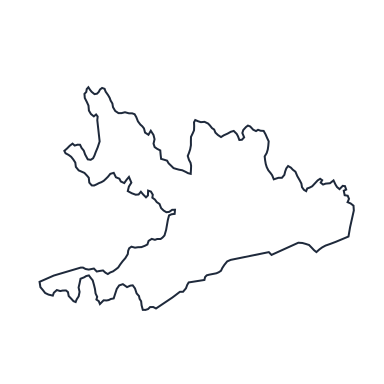 the district of Laje, Bahia, Brazil, rotated 175°
{"feature_id": "56859067B62767322131452", "entity_name": "Laje", "entity_type": "district", "adm_level": 2, "iso_a3": "BRA", "parent_name": "Brazil", "parent_adm1": "Bahia", "projection": "equal_earth", "projection_center": [-39.307, -13.182], "detail": "fine", "context": "isolated", "style": "outline", "palette": "slate", "viewbox_px": 384, "rotation_deg": 175, "n_neighbors": 0, "source": "geoboundaries", "source_scale": "gbopen_adm2", "svg_char_len": 4434}
<svg xmlns="http://www.w3.org/2000/svg" viewBox="0 0 384 384"><g transform="rotate(175 192 192)"><path d="M32.4,159.5L32.3,164.3L35.0,166.8L37.9,168.3L36.2,171.5L37.2,174.7L40.2,175.5L40.7,180.0L38.2,181.0L39.1,184.5L41.3,185.0L44.8,182.0L47.1,184.3L48.4,186.9L50.0,191.2L53.8,188.7L58.1,188.7L60.8,188.0L63.0,190.1L61.3,192.4L63.2,194.0L65.8,192.6L68.9,189.8L71.8,187.2L74.5,186.1L76.9,185.5L78.2,182.9L80.3,184.4L82.0,187.2L82.3,190.9L83.7,194.3L85.7,198.6L87.2,203.2L89.7,205.5L91.3,207.6L94.0,209.5L96.0,207.3L97.4,204.3L98.5,201.0L101.2,198.3L104.7,198.6L109.4,197.5L110.7,201.7L112.0,203.9L114.1,207.0L115.4,210.3L116.1,213.6L116.4,217.2L116.5,221.1L114.2,224.3L112.8,227.8L112.0,231.2L111.2,235.8L112.5,239.4L113.7,243.0L115.3,246.6L118.4,247.1L120.8,248.2L122.9,247.1L125.6,248.7L128.3,252.2L130.5,253.3L132.6,252.0L135.5,249.3L136.7,246.4L135.3,241.9L137.7,239.7L140.3,239.7L141.3,243.4L142.4,246.0L145.1,249.2L148.1,248.6L151.4,247.1L155.4,245.7L158.3,244.2L161.2,246.5L163.5,249.1L164.5,252.3L166.5,253.9L168.4,256.8L170.0,258.8L173.4,260.8L177.1,260.8L180.1,262.1L182.5,263.4L183.9,261.3L184.1,257.4L184.6,253.3L186.0,250.7L188.2,247.0L188.7,242.4L189.0,238.7L190.1,234.7L191.7,231.0L193.1,228.3L192.2,224.2L190.9,221.2L190.6,218.2L191.0,215.0L191.7,210.2L194.3,211.1L196.4,212.5L199.8,214.5L203.1,215.4L205.8,216.4L208.3,217.4L210.6,220.1L212.8,222.6L214.1,225.4L217.0,226.6L219.9,227.7L220.0,232.1L220.0,236.2L222.9,238.0L225.3,240.0L226.1,243.5L224.7,247.9L225.4,252.2L227.7,256.6L230.4,252.8L233.6,255.3L234.3,259.5L235.8,261.8L237.6,263.7L239.7,267.1L241.0,271.5L242.4,274.5L244.8,275.6L248.0,275.9L251.8,277.3L255.5,276.7L258.4,277.0L261.4,279.4L263.3,283.4L263.6,287.1L265.1,290.2L265.8,292.9L267.2,295.9L269.3,299.5L270.1,302.4L272.5,303.5L274.7,302.1L276.2,299.8L278.1,298.2L280.6,298.0L283.3,300.6L284.8,302.9L286.1,305.4L287.9,303.7L288.6,300.9L290.6,299.1L290.6,295.0L288.9,290.8L287.6,287.1L287.6,282.1L285.9,278.5L283.2,275.9L280.8,277.6L279.4,275.4L280.1,271.8L279.6,250.4L282.1,244.6L284.5,240.0L286.0,236.8L287.6,234.2L290.1,232.9L293.0,233.6L295.2,238.7L296.2,242.6L298.2,245.6L299.4,248.8L301.8,249.1L304.8,248.5L306.8,250.6L309.8,248.7L312.6,246.3L315.6,244.1L314.6,241.6L311.7,239.7L309.3,237.6L307.4,234.7L305.7,231.5L305.5,227.1L303.0,223.4L300.4,222.0L297.5,220.4L295.2,217.5L293.6,215.2L293.5,210.3L291.3,207.3L289.0,207.0L286.4,207.9L284.1,208.9L281.4,209.7L279.0,210.8L276.8,212.5L274.4,214.5L271.8,217.2L268.3,217.9L266.5,213.3L263.2,211.6L262.0,208.7L258.7,206.8L256.2,209.8L253.5,212.5L252.5,209.4L251.6,206.6L254.4,202.9L255.9,198.5L252.1,196.0L248.3,194.2L245.4,194.2L242.9,196.7L240.9,193.8L238.3,190.7L236.2,192.4L235.6,197.2L232.9,196.0L231.3,192.7L232.0,189.8L229.6,187.7L228.0,185.0L225.4,182.9L224.2,178.7L221.9,176.0L219.3,174.1L216.4,174.2L213.3,176.0L210.5,175.8L211.2,171.7L214.3,171.6L216.9,170.7L218.5,166.2L221.1,156.5L223.2,151.1L225.3,149.2L227.4,147.9L230.8,148.2L233.1,147.6L236.2,148.8L239.5,147.1L241.0,143.6L243.7,142.5L247.2,141.5L250.8,141.7L253.6,141.5L257.1,142.8L259.5,141.4L260.7,139.0L261.4,135.7L264.2,131.9L267.2,129.0L269.8,126.1L272.1,123.2L274.6,121.6L277.6,119.8L280.4,119.0L283.0,117.6L285.3,119.2L287.5,121.6L290.7,121.4L293.8,121.1L296.4,124.3L299.2,124.0L301.6,123.7L304.8,124.6L307.2,126.2L309.4,126.4L337.0,120.8L351.7,115.8L351.3,110.4L349.3,107.6L347.1,104.2L343.9,102.3L339.7,100.9L338.4,103.7L335.2,106.1L331.9,104.8L329.4,105.1L326.1,104.9L324.3,103.1L323.9,99.1L321.5,96.1L319.6,93.6L317.5,92.5L316.3,95.0L314.0,97.9L312.7,102.3L313.3,106.7L312.0,110.7L310.6,115.3L306.9,116.4L304.7,117.5L302.0,117.9L300.6,115.6L298.6,112.6L297.7,107.7L297.1,103.7L296.9,99.3L295.6,95.8L296.6,93.2L294.4,91.4L293.5,88.4L289.5,91.8L286.6,91.4L284.4,91.6L282.2,92.5L279.3,92.8L277.7,96.6L275.4,102.0L272.7,105.3L268.9,106.2L267.1,104.7L265.0,102.9L261.6,104.1L259.2,104.2L257.2,100.9L256.0,95.8L253.9,93.0L253.5,90.1L252.2,87.6L252.1,83.6L251.3,78.9L248.7,78.6L246.0,79.2L243.8,81.0L240.7,80.8L238.0,79.1L220.9,88.5L218.3,90.1L212.8,93.6L209.6,93.4L206.4,96.6L204.9,99.8L203.2,102.2L187.3,103.3L186.4,106.1L184.6,107.7L182.3,108.1L174.8,108.9L172.4,109.7L170.0,111.0L168.4,113.7L166.1,116.6L163.0,119.8L159.4,121.0L120.7,125.4L118.3,122.4L90.5,132.2L86.5,131.6L83.3,130.4L80.0,129.0L77.7,126.2L75.5,123.4L73.3,121.3L70.1,123.7L67.1,125.5L63.6,127.0L58.9,128.2L53.2,129.8L40.0,134.0L37.6,143.1L32.4,159.5Z" fill="none" stroke="#1e293b" stroke-width="2"/></g></svg>